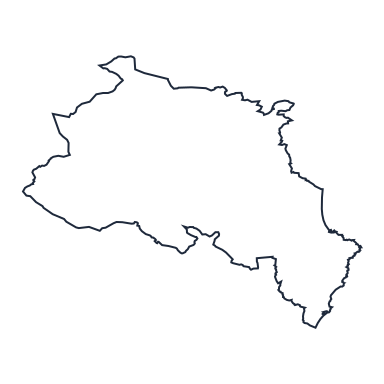 Wicklow Lea-6, Wicklow, Ireland
{"feature_id": "5873133B62202788208281", "entity_name": "Wicklow Lea-6", "entity_type": "district", "adm_level": 2, "iso_a3": "IRL", "parent_name": "Ireland", "parent_adm1": "Wicklow", "projection": "robinson", "projection_center": [-6.153, 53.022], "detail": "fine", "context": "isolated", "style": "outline", "palette": "slate", "viewbox_px": 384, "rotation_deg": 0, "n_neighbors": 0, "source": "geoboundaries", "source_scale": "gbopen_adm2", "svg_char_len": 6006}
<svg xmlns="http://www.w3.org/2000/svg" viewBox="0 0 384 384"><path d="M23.0,191.5L26.4,195.6L30.3,196.2L36.1,202.2L42.5,206.1L43.6,207.9L52.7,214.2L64.1,219.0L66.3,221.7L76.1,227.4L78.8,228.1L89.0,226.9L99.8,230.8L102.2,228.2L105.6,227.7L113.6,223.2L116.5,222.0L122.3,222.2L131.6,223.7L133.8,223.5L134.8,222.0L136.8,222.3L137.9,223.2L137.3,225.6L139.2,226.0L139.8,228.6L141.9,231.2L145.8,234.1L149.9,235.4L151.1,236.4L151.6,237.4L153.3,237.6L155.3,239.1L155.9,240.0L154.7,241.1L156.6,243.0L157.2,243.2L158.0,241.8L158.6,241.8L162.1,245.1L168.5,246.0L175.7,247.8L176.9,248.6L177.9,250.3L180.2,252.5L181.5,253.3L182.7,253.3L185.3,252.1L186.0,250.8L187.8,249.2L189.2,246.6L193.4,245.0L194.3,244.2L194.8,243.3L194.4,242.1L194.8,240.9L196.4,239.9L197.4,238.5L196.4,237.0L195.6,237.1L190.9,235.1L187.5,233.1L187.0,232.6L186.8,229.5L184.0,226.5L187.9,227.7L189.7,227.0L193.3,227.1L193.7,227.8L196.5,228.6L199.6,230.8L202.3,234.5L205.7,234.2L209.6,236.5L211.9,235.5L215.4,232.2L218.3,232.2L219.1,234.0L218.9,235.7L214.8,239.3L214.6,240.8L213.3,244.6L215.2,245.8L215.5,246.5L222.3,249.8L226.0,252.5L232.7,259.3L231.5,261.0L231.3,262.4L233.1,263.2L239.5,264.8L241.1,264.4L242.7,265.0L243.5,266.2L249.1,267.1L250.0,268.8L251.0,269.7L253.4,268.6L257.9,268.4L258.1,267.3L257.5,262.9L256.9,261.7L256.8,258.2L272.5,256.8L272.2,257.7L272.5,257.9L275.9,259.1L275.3,265.0L274.5,265.4L276.2,266.9L275.4,267.7L275.3,268.7L276.1,269.3L276.1,270.7L276.8,272.1L275.5,273.3L276.0,274.5L275.6,274.6L275.8,275.1L275.0,276.4L275.1,277.1L276.7,281.2L278.1,283.3L281.1,281.6L280.3,284.2L280.3,285.5L279.1,287.0L278.9,289.7L278.4,290.0L279.8,291.7L280.6,291.7L281.0,292.5L282.7,293.2L282.5,294.6L283.1,295.0L283.0,297.0L283.8,297.1L284.3,298.4L286.8,299.9L289.3,300.5L291.6,299.9L291.4,300.7L291.8,301.5L293.0,303.2L294.5,304.1L294.4,304.6L294.9,305.1L297.8,304.3L299.9,305.2L300.0,306.2L300.4,306.6L304.9,307.7L304.0,308.4L304.4,311.0L303.5,313.3L303.0,316.4L303.2,318.5L302.8,319.9L303.6,320.6L303.4,322.0L304.5,323.0L307.4,323.5L309.9,325.4L315.5,327.7L317.8,323.0L320.5,318.9L323.3,315.7L327.1,312.7L327.0,311.5L326.1,311.3L323.6,312.0L324.0,312.2L323.4,313.0L324.1,312.9L324.2,313.2L324.1,313.6L323.2,314.0L321.9,313.9L324.1,313.4L324.0,312.9L323.4,313.0L323.8,312.2L323.5,312.0L326.4,311.2L327.0,311.3L327.5,312.5L328.9,312.4L329.6,311.8L330.2,312.1L329.6,311.4L330.1,310.9L329.9,310.2L330.6,309.2L330.5,308.5L332.0,307.2L329.5,306.6L328.8,303.7L329.6,301.4L330.3,301.0L330.8,299.5L331.3,299.0L330.5,296.7L331.0,295.2L335.7,289.7L340.6,286.5L342.2,286.6L343.7,285.5L343.7,283.4L344.1,283.1L343.6,283.0L343.3,282.2L342.2,281.9L342.3,280.7L344.1,278.2L345.9,277.4L346.1,276.5L346.7,276.5L346.5,275.7L347.0,275.8L346.6,274.3L347.6,273.3L347.6,271.9L347.2,271.2L347.3,270.6L348.6,269.9L348.4,268.3L346.5,267.1L347.5,266.6L347.4,265.9L348.0,265.6L347.8,264.7L348.8,264.1L348.0,262.9L348.6,261.3L348.0,259.8L349.2,259.5L350.0,258.5L349.6,258.1L350.1,257.9L352.2,257.9L352.5,257.5L352.8,258.6L352.8,257.5L352.1,257.5L353.4,256.0L354.4,255.8L354.6,253.7L355.4,254.2L355.8,253.0L357.5,251.7L358.8,251.9L359.1,251.3L359.6,251.2L359.5,250.4L360.1,250.1L359.5,249.5L360.0,248.5L359.5,247.8L360.3,247.6L359.8,247.3L360.2,246.7L361.0,246.9L360.4,245.9L359.0,246.2L357.7,244.3L356.3,244.2L356.6,243.5L356.0,242.8L353.4,240.6L353.8,240.0L352.0,240.1L351.6,240.6L349.2,239.5L347.3,240.2L346.7,239.7L345.8,240.1L343.7,239.8L343.6,238.0L342.4,236.6L342.8,236.0L341.4,235.2L341.6,234.9L338.5,234.9L336.1,232.4L336.5,231.8L335.2,231.5L333.6,229.7L334.8,231.2L334.6,232.1L334.0,232.5L331.2,232.6L328.0,231.7L331.1,232.4L332.8,232.3L333.4,231.6L331.3,231.6L329.8,230.3L331.9,229.6L329.5,230.3L328.9,229.9L325.5,225.1L323.5,220.3L322.3,214.7L321.8,209.0L322.0,197.4L322.7,189.2L321.1,189.1L315.0,186.1L313.4,184.4L308.9,181.6L308.6,180.9L307.1,180.9L306.4,179.7L305.6,180.0L305.5,178.6L302.6,178.2L299.2,176.4L298.6,173.1L294.1,172.8L293.5,172.0L291.6,172.7L291.1,171.2L291.9,168.4L289.2,164.1L291.0,163.4L290.3,162.7L290.6,160.3L290.1,157.6L289.3,156.5L289.1,154.6L287.7,153.5L285.8,150.2L285.4,148.6L286.8,145.1L284.3,144.1L282.0,145.0L279.3,144.5L281.8,141.8L282.2,140.8L280.7,140.5L281.8,137.6L279.2,133.3L279.9,133.2L280.1,132.5L279.4,130.3L279.5,128.6L281.4,127.4L283.4,124.6L286.4,123.5L288.1,123.4L287.9,121.3L291.9,120.4L287.9,117.7L286.4,117.9L284.9,117.2L283.7,116.1L283.7,114.4L278.4,114.7L277.3,114.4L277.7,112.8L278.7,112.1L278.7,111.0L281.3,110.7L285.6,111.2L287.1,110.3L289.4,110.0L290.5,107.5L293.1,105.3L293.8,103.8L293.6,103.5L289.3,102.3L288.5,101.2L284.7,100.6L277.9,101.9L274.4,103.7L274.1,104.9L273.1,105.9L272.4,107.9L273.8,108.5L273.9,109.0L271.8,109.6L271.4,110.9L268.5,113.3L264.0,114.9L263.7,113.5L262.9,112.6L257.8,111.2L260.5,109.5L261.8,106.7L259.0,105.3L257.0,105.0L259.2,101.2L251.6,101.9L247.5,99.7L245.0,100.3L242.1,99.8L242.9,98.2L242.9,97.0L241.7,94.7L241.8,93.3L241.3,92.8L235.3,93.0L234.9,93.7L231.9,94.1L227.1,95.9L225.1,94.0L224.9,93.0L225.2,91.7L226.5,91.1L226.8,90.4L224.8,87.9L222.7,86.6L220.1,87.5L218.5,87.0L215.5,87.7L215.1,87.9L215.4,88.4L214.0,89.6L211.1,90.5L205.9,88.2L191.4,87.3L178.5,87.7L177.7,88.3L173.8,88.7L170.9,85.8L168.0,80.1L167.9,79.0L144.4,73.1L135.2,69.4L134.5,58.6L133.6,57.4L130.9,56.3L125.4,57.3L121.1,56.5L118.3,56.6L115.9,58.3L114.5,58.5L111.3,61.4L106.3,64.4L99.5,65.5L103.3,68.4L104.7,68.2L107.2,68.9L109.5,71.5L112.1,71.9L116.3,73.9L118.6,75.7L120.7,78.5L122.2,79.3L122.8,80.4L116.2,86.4L115.6,88.2L114.6,89.8L112.6,91.4L108.1,93.0L103.0,93.0L96.3,94.3L89.7,101.7L81.9,103.8L77.0,107.5L75.6,112.0L73.1,114.0L70.8,113.8L69.1,117.1L52.9,113.9L59.7,133.1L62.9,136.5L67.1,139.8L68.6,142.9L68.4,151.8L69.8,154.9L63.7,156.8L58.3,155.8L53.3,156.8L50.7,158.4L50.6,158.9L48.7,160.5L49.0,161.0L48.8,161.4L46.5,164.7L44.1,165.9L42.1,165.6L40.2,166.8L39.3,166.1L36.3,168.7L33.8,169.7L32.9,170.9L32.4,172.4L35.1,177.4L34.3,179.4L33.4,179.8L33.4,180.5L34.3,181.4L32.8,183.0L33.1,184.0L31.3,184.3L29.8,185.5L27.4,186.4L25.0,187.9L23.0,191.5Z" fill="none" stroke="#1e293b" stroke-width="2"/></svg>